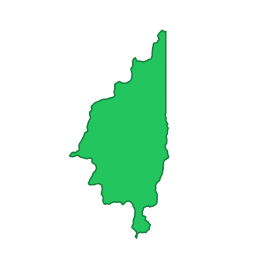 Senador Modestino Gonçalves, Minas Gerais, Brazil (Natural Earth projection), rotated 16°
{"feature_id": "56859067B21823759128365", "entity_name": "Senador Modestino Gonçalves", "entity_type": "district", "adm_level": 2, "iso_a3": "BRA", "parent_name": "Brazil", "parent_adm1": "Minas Gerais", "projection": "natural_earth1", "projection_center": [-43.245, -17.835], "detail": "fine", "context": "isolated", "style": "filled", "palette": "green", "viewbox_px": 256, "rotation_deg": 16, "n_neighbors": 0, "source": "geoboundaries", "source_scale": "gbopen_adm2", "svg_char_len": 4490}
<svg xmlns="http://www.w3.org/2000/svg" viewBox="0 0 256 256"><g transform="rotate(16 128 128)"><path d="M137.7,24.8L136.4,25.4L135.2,24.9L134.0,24.7L133.3,25.6L132.8,26.5L132.3,27.6L131.6,28.9L131.2,30.5L131.6,31.9L132.7,32.8L133.3,34.4L133.1,35.4L132.6,36.4L132.3,37.7L131.3,38.7L130.3,39.0L129.4,39.6L129.4,40.9L129.6,42.1L129.7,43.9L130.0,45.5L130.1,47.0L130.4,48.2L130.8,49.9L131.3,51.7L131.3,53.4L131.2,54.8L130.6,55.7L129.6,56.2L128.6,56.9L127.8,57.8L126.5,58.9L125.4,59.9L124.2,60.3L122.6,60.4L120.9,60.4L119.7,60.8L118.7,61.1L117.7,60.9L117.0,60.2L116.5,59.3L115.7,58.6L114.6,59.6L114.1,61.0L114.2,62.4L114.6,63.7L114.9,64.8L115.3,66.1L115.4,67.6L115.1,68.7L114.5,70.1L115.0,71.5L115.6,72.3L116.3,73.4L117.0,74.7L117.3,76.2L117.6,77.4L117.9,78.5L117.8,80.0L117.5,81.6L116.5,82.8L115.4,84.0L114.6,84.8L113.5,85.5L112.4,85.9L111.2,86.2L109.8,86.4L108.7,86.3L107.8,85.8L106.7,85.8L105.8,86.7L104.9,87.8L104.0,88.6L103.3,89.5L103.4,90.7L104.1,92.2L104.5,93.6L104.6,95.2L104.5,96.7L105.0,98.1L105.8,98.9L106.4,100.4L105.8,101.8L104.5,103.0L103.2,103.6L102.1,104.3L101.0,105.2L99.7,106.2L98.1,106.7L96.7,107.1L95.6,107.8L94.6,108.6L93.6,109.2L92.7,110.2L91.6,111.1L90.6,111.9L89.7,112.7L88.9,113.4L88.4,114.3L88.0,115.6L87.2,116.3L86.9,117.5L87.2,118.7L88.2,119.7L87.9,121.4L86.9,123.1L87.0,124.8L87.7,125.8L88.2,126.9L88.9,128.0L89.3,129.1L89.0,130.3L88.6,131.4L88.5,133.0L88.3,134.6L88.4,136.0L88.3,137.6L88.7,138.9L89.4,140.3L89.9,141.5L90.0,142.7L89.0,143.4L87.8,144.5L87.8,146.2L87.8,148.1L87.4,149.8L87.0,151.5L86.9,153.1L86.2,154.9L85.7,156.5L85.7,157.7L85.8,159.0L86.4,160.1L87.1,161.6L86.9,162.9L86.1,163.9L85.3,164.5L84.8,165.5L84.1,166.4L82.3,166.3L80.9,167.3L80.4,168.6L79.9,169.7L79.6,170.9L80.8,171.2L82.3,171.0L83.8,170.4L84.9,169.6L85.8,168.6L86.8,168.2L88.1,168.3L89.4,168.8L90.6,169.0L92.1,169.0L93.7,169.0L95.0,168.9L96.3,169.0L97.2,168.8L98.1,167.9L99.6,167.4L100.9,167.3L102.1,168.0L102.4,169.6L103.1,171.1L104.4,171.6L105.4,171.7L106.3,172.0L107.2,172.7L108.1,173.8L108.8,175.6L108.7,177.2L108.4,178.5L107.7,179.4L107.1,180.8L106.9,182.3L106.8,183.9L106.4,185.5L105.8,187.7L105.6,189.9L105.1,191.8L105.8,192.7L106.7,193.1L107.7,192.9L109.0,192.4L110.4,192.0L111.4,191.7L112.4,190.9L113.4,190.1L114.4,189.7L115.5,189.5L116.8,189.6L118.1,190.1L118.9,190.7L119.1,191.8L119.9,192.9L120.2,194.4L120.3,195.7L120.5,197.1L120.6,198.8L121.4,199.5L122.4,200.2L123.2,201.3L123.6,202.6L123.7,204.2L124.2,205.2L124.9,206.4L125.9,207.3L127.1,207.6L128.2,206.7L129.3,206.5L130.4,206.5L131.7,205.8L132.3,204.8L133.1,204.2L134.2,203.4L135.4,202.5L136.7,202.6L138.2,202.3L139.2,201.6L140.5,201.4L141.8,201.5L142.8,202.4L144.1,203.1L144.9,202.4L145.2,201.3L145.9,200.0L147.2,198.6L148.8,198.1L150.5,198.2L151.8,198.8L153.0,199.6L153.8,200.4L154.3,201.4L155.1,202.2L156.0,203.3L157.1,204.5L157.8,205.5L157.8,206.8L158.1,208.0L158.4,209.2L158.8,210.6L158.9,212.6L158.5,214.2L158.7,216.1L159.4,217.6L159.5,219.1L159.1,220.9L159.1,222.3L159.9,223.1L160.9,223.4L162.0,223.9L163.3,224.6L164.5,225.3L165.2,226.4L165.7,227.9L166.5,226.5L167.5,225.4L168.7,224.7L169.9,224.7L171.2,224.5L172.3,223.8L173.3,223.8L174.2,223.2L174.7,221.5L175.7,220.4L176.4,219.3L175.9,217.3L176.1,215.7L175.9,214.7L174.4,214.0L173.5,213.0L172.3,212.5L171.1,212.1L170.0,212.0L169.8,210.6L169.5,208.6L167.9,208.2L166.6,208.5L165.6,207.4L165.4,205.8L164.6,205.3L164.8,204.0L165.0,202.9L165.0,201.5L165.1,200.2L166.0,199.4L166.9,198.4L168.3,197.7L169.0,196.8L169.7,197.6L170.7,197.9L171.7,197.2L172.8,196.6L173.8,196.1L174.7,195.0L175.8,193.8L176.4,192.0L175.9,190.0L175.7,188.6L175.1,187.5L175.1,186.1L174.6,184.8L174.1,183.3L172.8,182.3L171.9,181.0L171.5,179.4L171.2,178.0L170.6,176.6L170.3,174.8L170.9,173.1L171.4,171.8L172.0,170.8L172.8,169.8L172.6,168.0L172.9,166.0L173.3,163.8L173.5,162.0L173.2,160.2L173.0,158.8L173.1,157.6L172.9,156.3L172.1,155.2L172.2,153.5L171.6,152.1L171.6,150.5L172.0,148.6L173.1,147.9L173.5,146.5L174.6,146.0L175.1,144.9L174.6,143.8L173.6,142.6L172.9,141.2L172.5,140.2L172.1,139.1L170.7,138.0L169.7,137.4L169.0,136.3L168.8,135.0L168.7,133.6L169.4,132.5L169.2,131.2L168.7,130.1L168.6,128.6L167.8,127.0L167.0,125.9L167.0,124.3L167.4,123.0L167.3,121.9L166.9,120.4L166.3,119.0L166.8,118.0L166.5,116.9L165.5,115.9L164.5,114.9L165.1,113.7L164.5,112.4L162.9,111.4L162.0,109.9L162.1,108.1L161.1,107.2L160.6,105.9L160.0,104.9L160.3,103.5L144.5,48.5L137.7,24.8ZM166.5,231.3L166.4,228.9L165.7,227.9L165.2,229.2L165.2,230.6L166.5,231.3Z" fill="#22c55e" stroke="#15803d" stroke-width="1.5"/></g></svg>